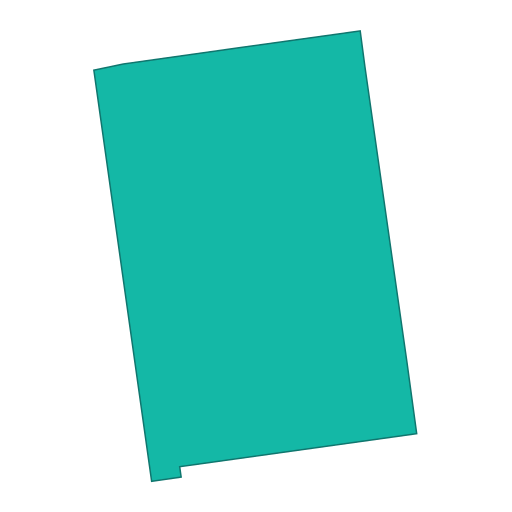 Keith, Nebraska, United States of America, rotated 82°
{"feature_id": "52423323B91748166692574", "entity_name": "Keith", "entity_type": "district", "adm_level": 2, "iso_a3": "USA", "parent_name": "United States of America", "parent_adm1": "Nebraska", "projection": "mercator", "projection_center": [-101.629, 41.2], "detail": "fine", "context": "isolated", "style": "filled", "palette": "teal", "viewbox_px": 512, "rotation_deg": 82, "n_neighbors": 0, "source": "geoboundaries", "source_scale": "gbopen_adm2", "svg_char_len": 297}
<svg xmlns="http://www.w3.org/2000/svg" viewBox="0 0 512 512"><g transform="rotate(82 256 256)"><path d="M454.3,121.6L383.1,121.3L84.2,121.8L47.6,121.5L47.4,241.1L47.4,360.8L49.4,390.7L464.6,390.7L464.5,360.9L454.0,360.9L454.3,121.6Z" fill="#14b8a6" stroke="#0f766e" stroke-width="1.5"/></g></svg>